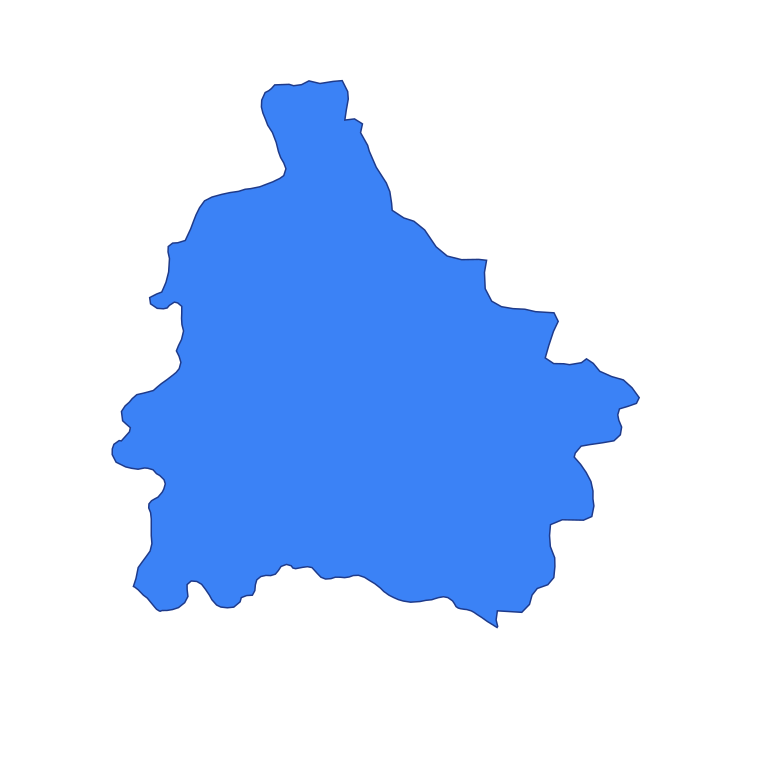 Mstsislaw, Mogilev, Belarus (Albers equal-area conic projection), rotated 16°
{"feature_id": "67162791B4778855273895", "entity_name": "Mstsislaw", "entity_type": "district", "adm_level": 2, "iso_a3": "BLR", "parent_name": "Belarus", "parent_adm1": "Mogilev", "projection": "albers", "projection_center": [31.478, 54.024], "detail": "fine", "context": "isolated", "style": "filled", "palette": "blue", "viewbox_px": 768, "rotation_deg": 16, "n_neighbors": 0, "source": "geoboundaries", "source_scale": "gbopen_adm2", "svg_char_len": 3674}
<svg xmlns="http://www.w3.org/2000/svg" viewBox="0 0 768 768"><g transform="rotate(16 384 384)"><path d="M559.8,586.9L560.1,585.7L556.8,579.9L555.5,570.8L579.4,565.5L584.6,555.8L584.5,546.1L587.7,538.3L596.8,531.8L600.6,523.3L598.6,512.4L596.0,504.0L588.7,494.4L584.9,484.1L582.8,473.3L592.7,465.4L613.3,459.9L620.3,454.1L619.4,443.4L616.5,436.8L614.4,429.3L609.8,420.7L602.7,413.3L595.2,407.1L587.0,401.8L586.9,397.7L590.6,389.4L598.4,385.6L610.4,380.2L620.7,375.2L625.2,367.7L624.3,359.9L619.7,354.1L617.2,349.2L617.2,343.0L625.0,338.0L632.0,333.0L633.1,326.8L623.4,319.2L613.0,314.1L600.8,314.1L587.9,312.3L579.5,306.5L571.7,304.0L567.9,309.1L557.0,314.3L551.2,315.0L541.5,317.6L531.8,314.5L531.8,301.6L532.4,286.7L534.2,275.8L527.8,268.7L509.8,272.7L498.8,273.3L487.2,276.0L475.6,277.3L464.7,274.7L455.0,264.5L449.8,249.0L448.5,236.8L440.8,238.1L424.3,243.1L409.5,243.6L396.3,237.8L380.6,224.7L367.9,219.3L357.2,218.9L344.0,214.8L341.5,208.2L336.6,197.5L330.8,190.1L316.8,177.8L305.7,164.3L302.5,159.1L292.2,148.9L291.6,139.9L282.6,137.3L273.6,141.1L272.3,131.5L271.1,119.9L268.5,112.9L260.2,103.9L251.8,107.1L239.6,112.8L228.3,113.3L222.2,119.0L214.9,122.2L210.2,122.1L196.5,126.6L194.3,131.1L192.4,133.8L189.4,136.6L188.2,144.8L189.8,151.5L192.9,156.9L197.4,162.6L200.9,167.3L207.4,173.0L213.8,181.5L218.5,189.7L222.2,194.8L226.7,199.1L230.4,204.1L230.2,211.3L227.1,215.2L223.7,218.2L221.4,220.3L215.9,224.4L210.2,228.7L201.9,233.0L196.8,235.1L191.1,238.9L183.3,242.4L176.0,246.3L167.1,251.7L161.0,257.4L158.1,265.4L156.7,273.1L156.1,279.4L155.4,288.2L153.4,300.8L146.8,305.1L142.0,306.8L138.7,311.3L140.0,316.6L143.2,322.5L144.7,329.2L146.1,335.7L146.4,346.3L145.6,352.8L145.0,356.9L140.7,360.1L134.9,365.5L137.5,371.3L145.1,373.8L151.2,372.5L154.6,370.7L156.0,367.6L159.9,363.1L163.3,362.9L168.2,365.1L170.1,371.8L171.3,376.7L173.4,382.6L176.7,388.3L177.1,397.0L175.9,403.6L175.3,409.4L179.4,413.9L182.8,419.2L182.9,425.7L181.0,430.2L177.4,435.3L174.0,439.9L169.9,445.0L166.7,449.7L164.1,453.8L159.2,456.8L155.3,459.1L149.3,462.4L146.0,467.5L144.2,471.7L141.2,476.4L139.2,482.8L142.9,491.4L146.9,493.4L152.2,495.9L152.5,500.1L150.3,504.7L147.2,511.1L145.0,511.4L141.0,516.4L140.7,521.3L142.2,526.8L148.0,533.0L158.5,534.9L164.7,534.6L171.1,533.7L177.0,530.7L180.1,530.1L185.6,530.1L190.0,532.9L193.7,533.8L198.9,536.6L201.3,540.3L201.3,545.5L200.7,548.9L197.9,555.1L195.4,557.5L192.7,560.3L191.1,564.0L192.0,568.0L195.1,572.0L197.5,577.9L199.7,585.6L202.1,594.0L204.9,601.4L205.2,609.1L203.0,615.3L200.5,622.0L198.3,628.2L199.2,639.3L198.9,647.7L200.3,647.9L204.5,649.6L210.9,653.3L215.4,655.0L220.3,658.4L225.1,661.7L227.4,663.2L230.5,664.1L231.5,664.1L233.1,662.9L237.8,661.5L242.9,659.1L248.1,655.6L252.7,649.1L254.1,642.3L251.4,635.8L250.0,631.1L253.0,626.5L258.5,625.4L263.9,626.8L269.0,630.6L274.5,635.2L278.0,638.8L284.0,642.6L288.6,643.4L295.1,642.3L301.1,639.9L305.7,633.1L305.7,628.7L310.3,625.2L315.7,623.3L316.8,618.2L315.7,612.5L315.7,607.3L318.7,603.0L323.3,600.5L327.9,599.4L332.0,596.7L333.9,592.4L335.3,587.8L337.4,586.2L340.0,584.3L344.9,584.3L347.1,586.0L349.9,585.9L356.2,582.7L360.8,580.7L365.4,580.3L372.1,584.5L376.6,587.1L381.5,587.6L386.7,585.7L390.5,583.1L395.2,581.8L399.5,581.0L403.7,579.1L407.2,576.6L412.2,574.9L418.6,575.2L424.4,576.9L430.3,578.5L436.7,581.1L441.0,583.5L446.9,585.6L452.1,586.6L457.2,587.3L462.4,587.3L469.7,586.4L478.5,583.2L483.9,580.4L489.4,578.2L491.7,576.6L495.3,574.3L499.8,572.1L504.3,571.7L509.7,573.6L512.3,575.8L514.6,578.1L517.0,578.9L519.6,578.9L523.5,578.4L525.7,578.0L530.4,578.0L533.5,578.7L537.0,579.9L542.0,581.4L548.8,583.8L559.8,586.9Z" fill="#3b82f6" stroke="#1e3a8a" stroke-width="1.5"/></g></svg>